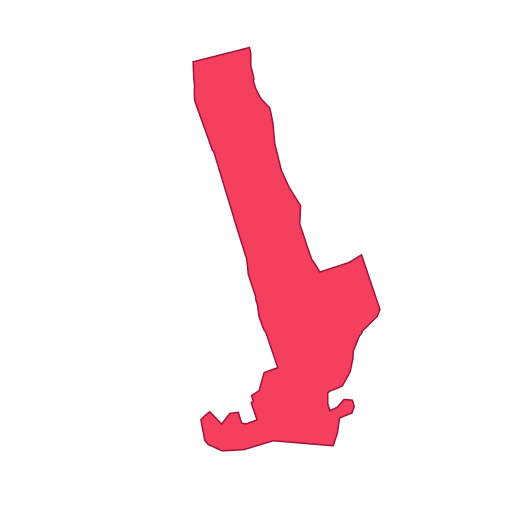 Gokdepe, Ahal, Turkmenistan, rotated 343°
{"feature_id": "10190150B73322470423680", "entity_name": "Gokdepe", "entity_type": "district", "adm_level": 2, "iso_a3": "TKM", "parent_name": "Turkmenistan", "parent_adm1": "Ahal", "projection": "orthographic", "projection_center": [57.988, 38.679], "detail": "fine", "context": "isolated", "style": "filled", "palette": "rose", "viewbox_px": 512, "rotation_deg": 343, "n_neighbors": 0, "source": "geoboundaries", "source_scale": "gbopen_adm2", "svg_char_len": 1573}
<svg xmlns="http://www.w3.org/2000/svg" viewBox="0 0 512 512"><g transform="rotate(343 256 256)"><path d="M280.6,451.3L282.1,449.1L288.5,435.4L289.3,435.3L293.1,434.9L301.8,434.2L305.9,428.8L306.0,422.1L298.3,418.9L290.8,423.6L289.7,424.3L281.6,425.6L281.7,425.0L281.4,425.1L281.4,418.5L283.8,410.5L283.9,410.3L284.6,407.6L286.1,407.4L286.6,406.8L293.1,406.3L294.7,406.3L300.5,405.5L311.9,394.6L313.2,392.5L317.4,384.7L318.3,383.4L321.2,375.4L331.4,362.7L334.2,361.0L335.9,358.8L346.7,353.1L354.1,349.3L358.9,343.4L357.2,285.7L345.7,288.8L344.5,288.9L342.8,289.4L312.5,290.0L312.4,289.7L312.2,289.7L311.3,285.4L309.7,279.8L308.3,275.6L307.8,263.1L307.4,243.8L307.1,238.5L313.1,221.7L313.3,220.8L307.7,200.0L305.3,182.0L305.4,181.4L305.3,180.8L305.8,172.5L306.8,153.9L311.1,133.7L312.2,121.8L312.3,118.2L306.7,107.1L306.4,105.4L304.7,96.3L304.6,88.6L306.0,85.2L306.6,72.6L310.2,61.1L310.8,54.6L310.3,54.6L310.2,54.7L252.6,51.9L252.6,52.1L248.4,68.0L246.9,75.9L245.1,80.6L242.8,89.3L245.2,141.2L245.2,142.4L246.1,143.6L246.0,211.5L245.9,218.3L246.2,256.8L243.3,271.2L243.8,294.7L243.1,297.1L243.1,303.1L241.2,314.7L241.3,317.4L241.7,326.3L242.1,329.0L243.1,332.3L244.2,369.2L237.6,369.4L229.6,370.0L219.5,385.8L210.8,388.2L210.8,388.5L211.1,393.8L208.5,394.8L209.1,413.0L205.2,413.2L197.4,413.7L193.3,411.6L193.4,400.3L185.3,398.9L184.2,399.4L174.0,406.7L167.0,392.9L166.1,391.4L160.5,393.7L155.4,396.5L153.1,417.3L155.2,422.3L166.7,432.5L187.5,437.6L218.4,437.7L274.4,460.1L275.6,458.5L275.4,458.4L280.6,451.3Z" fill="#f43f5e" stroke="#9f1239" stroke-width="1.5"/></g></svg>